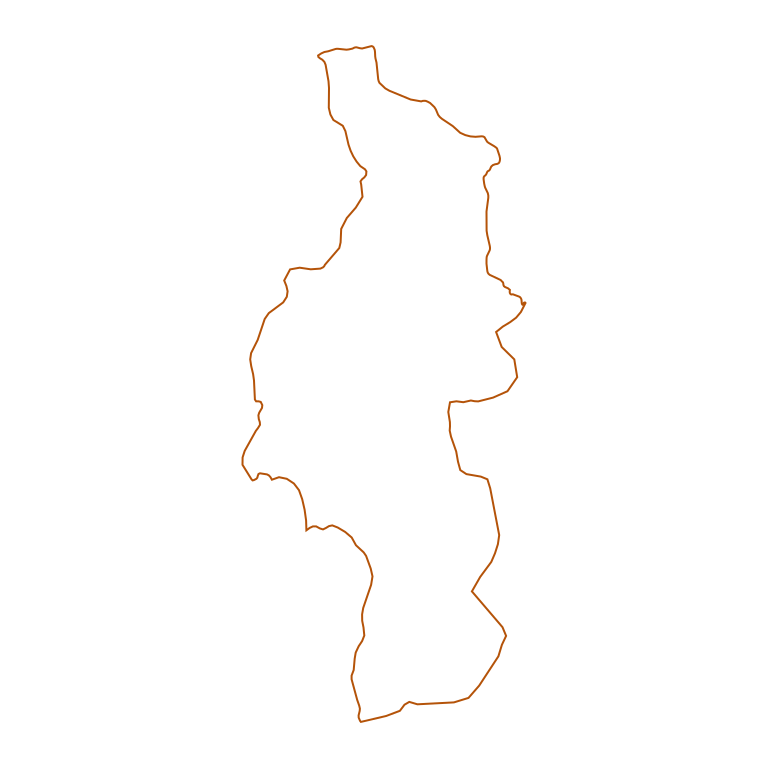 an SVG outline of Cuvette-Ouest
{"feature_id": "COG-2185", "entity_name": "Cuvette-Ouest", "entity_type": "Region", "adm_level": 1, "iso_a3": "COG", "parent_name": "Republic of the Congo", "parent_adm1": "", "projection": "equal_earth", "projection_center": [14.65, 0.103], "detail": "fine", "context": "isolated", "style": "outline", "palette": "amber", "viewbox_px": 768, "rotation_deg": 0, "n_neighbors": 0, "source": "natural_earth", "source_scale": "10m", "svg_char_len": 3727}
<svg xmlns="http://www.w3.org/2000/svg" viewBox="0 0 768 768"><path d="M310.7,269.3L320.4,268.6L323.1,267.3L324.2,266.2L324.9,264.8L339.3,248.0L340.6,242.4L341.2,228.9L346.8,218.0L355.8,207.6L362.5,196.8L361.2,184.6L360.5,181.4L362.0,179.3L364.3,177.4L366.1,175.0L366.4,171.4L365.0,169.3L360.3,166.1L356.6,161.6L353.3,156.4L350.6,150.7L348.5,144.6L345.4,131.1L342.8,125.8L333.4,120.0L330.4,114.5L328.8,107.8L329.0,88.0L328.5,81.2L325.6,64.8L324.4,61.9L322.3,59.7L320.1,58.4L318.4,57.0L318.1,55.5L321.3,53.4L324.4,52.0L328.1,51.3L335.5,49.0L336.7,48.8L337.9,48.8L346.5,49.7L348.9,49.4L352.5,48.6L354.2,47.7L355.2,47.4L356.5,47.3L359.9,48.2L362.1,48.5L371.5,46.1L372.6,46.4L373.6,47.3L374.7,49.8L375.0,52.0L375.2,56.4L375.5,58.5L376.5,62.6L378.2,79.2L378.7,81.2L379.5,82.9L385.3,88.4L389.5,90.8L410.6,99.5L421.2,101.4L422.7,100.9L424.2,100.8L425.8,100.9L427.7,101.7L430.1,103.0L434.4,107.1L435.9,109.5L438.1,114.8L439.8,117.0L441.9,118.8L452.8,126.1L460.2,132.8L465.3,135.1L470.4,136.4L475.5,136.8L481.7,136.3L483.2,136.5L484.5,137.2L486.8,141.2L487.4,142.0L488.8,143.0L494.2,146.2L495.9,147.4L496.9,148.3L497.1,148.7L499.5,155.9L500.0,158.3L500.0,159.1L499.9,160.3L499.6,161.6L499.1,162.7L498.3,163.4L497.3,163.9L495.0,164.3L492.9,165.1L492.1,165.8L491.3,166.5L490.8,167.5L490.0,169.4L489.6,170.0L489.0,170.6L488.2,171.0L487.6,171.4L487.2,172.0L486.2,174.3L485.6,175.1L484.2,176.3L483.8,177.0L483.6,177.9L483.6,179.3L484.2,183.7L484.8,186.5L485.2,187.7L487.8,193.1L488.3,195.5L488.3,197.8L486.5,211.5L486.6,230.7L487.3,235.2L489.8,246.0L490.0,247.5L490.0,249.0L489.7,250.3L487.1,255.7L486.8,256.5L486.7,257.1L486.6,257.8L486.5,260.4L486.5,263.7L487.2,270.0L487.4,271.4L487.8,272.7L488.6,273.9L489.8,274.9L500.0,279.7L501.0,280.3L501.7,281.2L503.0,282.4L503.3,283.6L503.4,284.8L503.9,286.1L505.0,287.0L508.0,288.3L509.9,289.9L509.7,291.5L509.8,292.8L510.2,293.7L511.2,294.5L512.9,294.3L519.1,296.6L520.2,297.3L520.9,298.3L521.4,299.4L521.6,300.9L521.7,302.6L521.9,303.9L522.4,304.6L523.4,303.8L523.9,302.8L524.4,302.5L525.1,302.5L525.5,303.0L520.9,312.0L516.1,317.7L510.2,322.1L502.8,326.6L496.1,332.0L501.7,347.0L514.3,359.4L517.2,377.2L507.5,391.2L493.1,397.6L478.2,401.4L474.5,401.2L470.9,400.5L463.3,402.2L456.4,401.3L450.0,402.3L448.3,412.0L449.9,422.1L450.0,426.3L449.7,430.6L451.0,436.6L456.2,451.5L458.0,461.7L460.3,470.1L466.4,474.1L480.8,476.6L487.4,479.3L490.2,488.3L499.2,535.1L497.9,544.2L495.0,553.3L491.3,561.9L480.2,576.9L471.9,591.4L502.5,627.2L506.1,635.9L501.9,644.8L498.4,656.3L479.2,685.6L468.5,697.9L453.9,702.4L417.4,704.3L409.3,701.9L404.5,704.7L399.9,710.8L386.1,716.0L360.9,721.9L360.1,720.9L358.7,717.7L358.6,715.4L359.7,710.9L359.9,708.6L359.2,705.6L357.2,699.9L351.6,679.3L351.6,675.6L353.7,670.0L354.7,658.6L355.7,652.6L358.7,646.2L362.1,641.1L364.3,635.5L363.5,627.5L362.2,620.8L362.1,614.4L363.2,608.0L371.1,584.9L372.5,576.4L370.7,568.5L366.1,555.9L363.7,552.4L356.0,545.3L351.7,537.5L345.1,531.9L337.7,527.5L332.3,525.4L329.0,526.1L325.9,528.0L323.0,529.4L319.8,528.4L316.2,526.4L312.9,526.4L309.7,527.9L306.4,530.3L306.1,520.5L304.6,509.7L302.2,499.2L299.0,490.2L293.9,483.5L286.8,478.8L279.0,477.2L271.9,479.7L270.5,477.2L268.9,475.4L267.0,474.4L260.0,473.3L258.5,474.0L257.8,475.8L257.3,477.7L256.4,478.8L253.9,480.1L252.6,480.4L251.5,479.3L242.5,464.8L242.6,457.4L244.7,450.9L253.5,435.1L255.9,430.8L257.9,428.2L260.0,424.8L259.8,422.1L258.8,419.1L258.4,415.3L259.2,412.7L262.0,407.9L262.3,405.1L260.7,401.9L258.4,401.3L256.1,401.3L254.9,399.5L254.0,380.5L253.1,374.1L251.2,366.0L250.2,359.4L251.1,353.1L257.7,339.9L264.7,319.0L268.8,313.1L283.2,302.4L286.8,296.8L287.6,291.3L286.4,286.0L284.2,280.5L290.1,269.4L299.7,267.7L310.7,269.3Z" fill="none" stroke="#b45309" stroke-width="2"/></svg>